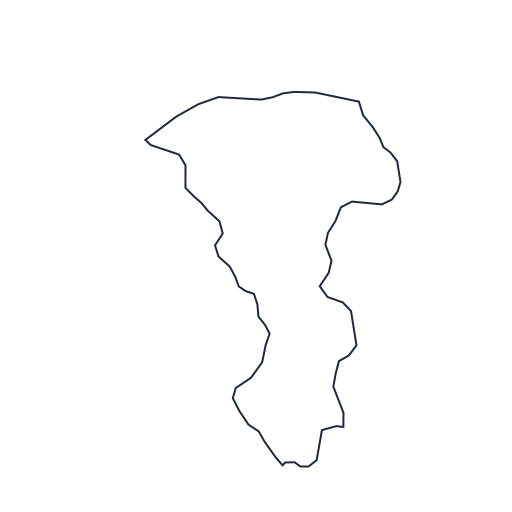 map outline of Taoyuan (Natural Earth projection), rotated 23°
{"feature_id": "TWN-1168", "entity_name": "Taoyuan", "entity_type": "County", "adm_level": 1, "iso_a3": "TWN", "parent_name": "Taiwan", "parent_adm1": "", "projection": "natural_earth1", "projection_center": [121.286, 24.86], "detail": "fine", "context": "isolated", "style": "outline", "palette": "slate", "viewbox_px": 512, "rotation_deg": 23, "n_neighbors": 0, "source": "natural_earth", "source_scale": "10m", "svg_char_len": 1082}
<svg xmlns="http://www.w3.org/2000/svg" viewBox="0 0 512 512"><g transform="rotate(23 256 256)"><path d="M108.8,192.4L128.3,158.6L143.5,138.9L159.3,124.4L199.6,110.0L209.0,103.6L217.1,95.9L226.9,90.1L246.5,82.4L290.4,73.7L299.7,84.7L313.4,91.9L323.8,99.1L330.7,106.0L339.6,108.3L348.9,113.6L360.1,131.4L361.2,141.0L359.0,151.0L351.7,159.3L323.1,168.4L315.1,178.0L315.5,192.7L313.2,206.5L315.5,218.6L327.3,230.8L329.5,242.9L326.5,258.9L337.8,265.8L354.0,264.8L365.0,269.6L383.4,299.0L380.3,311.4L373.4,320.3L375.2,332.7L378.2,346.0L397.8,366.2L403.2,379.2L396.5,381.2L384.7,390.5L391.6,420.2L386.6,429.3L379.1,432.4L372.1,430.8L363.5,434.7L362.3,438.3L351.8,433.1L335.9,423.2L327.1,416.4L314.9,414.1L301.4,405.3L290.2,395.9L288.9,385.5L299.0,370.0L303.2,351.5L299.7,334.2L298.9,322.2L291.4,316.0L281.9,310.8L276.2,300.0L268.8,291.6L260.4,292.4L252.0,290.7L245.1,283.3L236.0,276.0L221.7,271.1L214.1,262.2L216.6,248.3L208.8,238.4L193.8,233.1L184.8,228.4L175.4,225.4L164.4,220.8L155.7,200.1L145.6,192.7L115.8,195.0L108.8,192.4Z" fill="none" stroke="#1e293b" stroke-width="2"/></g></svg>